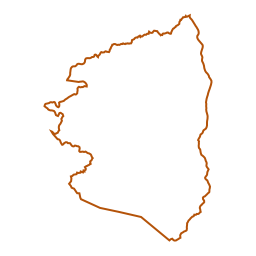 the district of Castanheira, Mato Grosso, Brazil
{"feature_id": "56859067B36906842849375", "entity_name": "Castanheira", "entity_type": "district", "adm_level": 2, "iso_a3": "BRA", "parent_name": "Brazil", "parent_adm1": "Mato Grosso", "projection": "natural_earth1", "projection_center": [-58.652, -10.954], "detail": "fine", "context": "isolated", "style": "outline", "palette": "amber", "viewbox_px": 256, "rotation_deg": 0, "n_neighbors": 0, "source": "geoboundaries", "source_scale": "gbopen_adm2", "svg_char_len": 5675}
<svg xmlns="http://www.w3.org/2000/svg" viewBox="0 0 256 256"><path d="M67.3,79.4L67.1,80.3L67.9,80.4L78.9,82.0L79.7,81.7L81.5,81.6L82.3,81.4L83.5,81.5L84.5,82.1L85.2,82.6L85.8,83.3L86.4,84.2L86.8,85.1L86.7,86.5L85.6,86.3L84.5,86.1L82.8,87.1L81.8,87.0L80.8,87.3L79.9,87.2L79.0,86.8L78.2,87.4L77.5,88.4L77.6,90.6L77.3,92.0L77.2,93.3L76.1,94.4L75.3,94.5L74.2,94.1L72.5,95.0L71.0,95.9L69.1,96.9L68.0,97.7L67.1,98.4L65.3,99.5L64.6,100.1L63.8,100.9L61.3,101.7L60.1,101.9L59.1,102.6L59.3,104.2L59.3,105.7L59.1,106.5L58.4,107.2L57.5,106.9L56.1,105.5L55.5,103.8L54.9,102.4L54.1,102.0L53.3,102.2L52.4,102.5L51.1,102.2L50.2,102.3L49.0,103.1L45.5,103.9L44.9,104.8L44.5,106.2L46.4,107.7L47.5,108.4L48.0,109.2L48.6,109.7L49.3,110.0L50.4,110.4L51.7,110.4L52.7,110.6L54.0,111.0L54.8,112.0L55.3,113.1L55.6,114.1L56.0,115.1L57.0,115.6L58.0,116.0L58.7,114.7L59.1,113.7L59.5,113.0L60.6,112.8L61.7,113.6L62.6,114.1L63.0,115.1L63.3,116.1L62.3,117.1L61.9,118.1L61.4,118.8L61.5,119.7L61.9,120.7L61.6,121.5L61.0,122.5L60.6,123.5L59.9,124.4L59.2,125.3L58.9,126.4L58.8,127.4L58.9,128.6L59.3,130.3L58.6,130.9L57.7,132.8L56.5,133.2L55.7,133.8L54.6,133.8L53.7,133.4L53.0,132.6L52.3,131.8L51.4,131.4L53.0,134.0L57.6,139.2L58.7,139.3L59.6,139.9L60.3,141.1L60.7,142.4L61.4,143.7L62.2,144.8L63.0,144.5L63.7,143.8L64.3,143.0L65.0,142.7L65.8,142.2L67.0,142.3L67.8,143.1L69.0,143.1L70.2,143.3L71.4,145.2L72.3,146.1L73.2,146.4L74.0,146.3L74.8,145.6L75.8,145.7L77.1,146.2L78.4,146.3L79.5,147.2L79.7,148.4L79.2,151.0L79.8,151.8L80.7,151.9L82.9,151.6L84.0,152.0L85.6,151.6L87.0,152.6L88.0,153.2L89.1,153.4L90.7,154.4L91.2,155.2L91.7,156.6L92.2,157.5L92.7,158.1L92.1,158.9L91.5,160.3L90.2,161.4L90.4,162.3L90.1,163.3L90.6,163.9L88.7,165.1L88.0,165.3L87.4,165.8L86.6,166.0L85.9,166.4L84.9,167.1L85.8,168.8L85.6,169.8L84.6,170.4L84.5,171.3L83.5,170.6L83.0,172.4L80.7,171.5L80.4,172.7L78.2,173.0L77.1,172.6L76.5,174.2L73.6,174.7L72.3,176.0L70.9,176.4L71.4,178.3L71.1,181.2L69.1,183.8L70.9,186.0L71.6,187.7L74.1,188.7L76.5,192.3L77.2,193.2L79.4,193.3L80.3,197.7L81.0,199.2L100.0,207.9L118.9,211.9L132.0,214.9L141.1,217.0L169.4,240.4L170.6,239.3L172.2,238.7L173.6,240.2L174.8,240.6L176.1,240.4L177.0,239.8L178.6,238.9L179.7,238.1L180.4,237.8L180.2,235.2L181.2,233.3L183.0,232.3L184.1,231.5L185.8,230.9L186.6,230.3L186.9,228.6L186.8,227.2L186.9,226.3L187.1,224.7L187.1,223.2L187.7,222.3L188.6,220.5L189.8,219.4L190.4,218.5L192.4,216.6L193.5,216.3L194.1,215.5L194.3,214.7L195.9,214.8L196.8,213.9L197.6,214.0L198.4,213.9L199.1,213.4L199.9,212.4L200.7,211.9L200.4,210.8L200.3,209.9L200.1,209.0L199.8,208.1L199.9,207.2L200.3,206.2L200.9,205.4L201.6,204.9L202.5,203.8L203.1,203.3L203.7,202.8L204.2,202.1L204.1,200.6L203.1,199.3L202.9,197.8L203.5,196.9L204.8,196.4L207.2,194.1L207.8,193.4L209.2,192.3L209.4,191.3L209.4,189.7L209.8,188.1L210.0,186.6L209.2,184.5L208.3,183.0L207.3,180.4L206.3,179.7L205.3,178.6L205.1,177.7L205.7,176.6L206.7,175.4L207.1,174.5L207.2,173.3L207.4,172.0L208.6,169.3L206.9,167.0L206.4,165.9L206.7,163.2L206.4,162.1L205.7,160.7L205.4,159.5L204.8,157.9L204.1,157.1L203.3,156.3L201.3,154.7L200.7,152.7L200.2,149.6L199.8,148.9L199.2,148.3L198.8,147.2L198.7,145.5L198.9,143.8L198.8,142.5L199.0,141.3L198.1,140.1L198.7,138.8L199.4,137.6L199.9,136.8L200.5,134.6L202.2,133.3L202.7,132.6L203.2,131.0L203.6,130.3L205.9,128.6L206.6,127.2L206.8,126.3L207.0,125.5L207.0,123.9L207.0,122.7L207.1,121.1L207.5,118.8L207.6,116.8L207.6,116.0L207.3,114.6L206.4,111.3L206.2,109.3L206.4,108.1L206.2,106.8L206.2,105.0L206.3,104.0L206.0,102.3L206.6,98.8L207.2,96.7L207.8,94.9L208.1,93.4L208.9,90.9L209.7,88.7L211.0,84.7L211.5,82.2L211.4,80.7L210.5,79.1L209.6,77.8L209.1,77.1L208.8,75.7L207.6,73.8L206.1,72.3L205.4,71.2L205.0,70.3L204.3,68.1L204.0,65.8L203.3,63.5L202.1,61.1L202.0,60.1L202.1,58.9L202.4,57.6L202.2,56.5L201.6,55.2L201.2,54.5L201.0,53.5L201.2,52.1L202.0,49.5L202.6,47.7L202.8,46.0L202.5,44.8L198.5,40.1L197.8,39.0L197.3,37.8L197.2,36.9L197.4,35.7L198.1,34.8L198.6,33.8L198.7,32.8L198.6,31.7L198.4,30.7L198.0,29.7L196.3,26.8L195.8,26.2L195.1,25.0L192.2,20.3L191.6,19.5L190.5,18.4L189.9,17.5L189.6,16.3L189.7,15.4L187.1,16.7L186.3,16.8L185.8,16.0L185.2,17.0L183.0,17.3L182.6,18.1L181.7,18.9L181.2,19.9L180.4,19.8L180.1,21.0L179.4,22.0L179.3,23.9L177.6,25.3L176.8,25.6L176.0,26.1L175.5,27.1L174.6,27.5L174.0,28.3L173.1,28.7L172.2,30.2L171.3,32.2L171.0,33.6L170.2,33.8L169.3,33.3L168.5,33.1L168.0,32.5L167.1,32.5L166.0,33.1L164.4,33.6L163.5,33.5L162.8,33.7L162.3,35.0L161.5,34.8L160.7,35.3L160.0,34.4L158.9,33.5L158.3,32.6L157.7,32.1L157.3,31.2L154.8,30.8L154.1,30.7L153.5,31.3L152.9,32.0L152.5,32.7L151.6,32.9L150.2,32.7L149.1,31.7L148.8,32.7L148.6,33.8L147.1,33.8L146.0,34.8L144.8,34.6L143.8,35.1L142.8,36.0L142.1,36.5L141.2,36.5L140.4,35.9L140.2,36.9L139.1,36.1L138.1,36.7L137.5,37.6L136.4,37.4L135.4,37.8L134.7,38.3L134.2,39.1L133.2,39.6L132.0,40.1L131.7,42.3L131.0,43.4L129.9,43.4L129.0,43.7L127.8,43.3L126.7,43.7L126.0,43.5L125.1,44.1L124.1,43.8L123.1,43.4L122.6,44.0L121.9,44.1L121.2,43.9L120.4,44.4L119.3,44.9L118.2,44.7L117.2,45.0L116.0,44.5L115.3,44.1L114.0,44.0L113.1,44.6L112.3,44.7L112.0,45.5L111.7,46.3L110.9,47.4L110.7,48.6L109.8,49.5L109.7,50.8L109.0,52.1L107.9,51.9L106.8,51.8L105.8,51.3L105.1,51.5L104.2,52.3L103.3,52.4L102.4,52.5L101.3,52.1L100.7,52.6L99.7,54.6L98.3,55.8L98.0,57.1L97.2,56.4L96.5,55.2L95.7,54.6L94.7,54.8L94.1,56.5L93.1,57.0L92.1,57.0L91.1,57.7L89.8,58.2L87.1,58.1L85.9,58.5L85.2,59.5L85.0,61.1L84.7,62.4L83.7,63.6L82.2,64.2L81.1,64.2L79.1,63.8L78.1,63.8L77.2,64.2L76.4,65.4L75.1,66.3L73.6,66.3L72.6,66.5L71.9,67.0L70.9,68.3L70.6,69.7L70.4,71.5L70.2,72.8L70.2,73.7L70.2,74.6L69.9,75.5L69.5,76.4L68.7,77.5L68.1,78.5L67.3,79.4Z" fill="none" stroke="#b45309" stroke-width="2"/></svg>